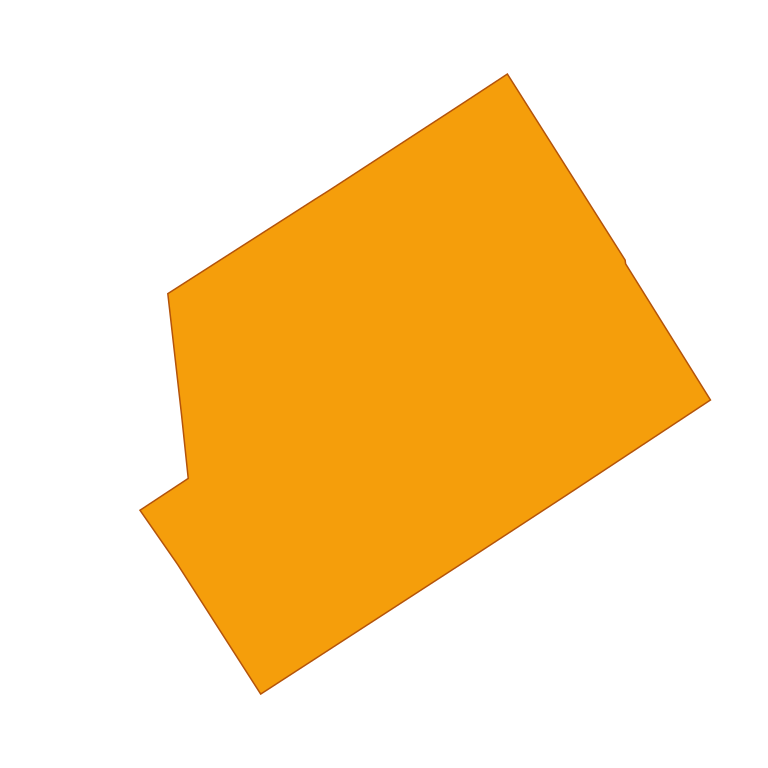 Pulaski, Missouri, United States of America (Equal Earth projection), rotated 56°
{"feature_id": "52423323B5552577354441", "entity_name": "Pulaski", "entity_type": "district", "adm_level": 2, "iso_a3": "USA", "parent_name": "United States of America", "parent_adm1": "Missouri", "projection": "equal_earth", "projection_center": [-92.22, 37.812], "detail": "fine", "context": "isolated", "style": "filled", "palette": "amber", "viewbox_px": 768, "rotation_deg": 56, "n_neighbors": 0, "source": "geoboundaries", "source_scale": "gbopen_adm2", "svg_char_len": 362}
<svg xmlns="http://www.w3.org/2000/svg" viewBox="0 0 768 768"><g transform="rotate(56 384 384)"><path d="M572.1,659.6L576.6,407.7L578.2,293.1L579.8,122.3L419.5,116.5L416.1,114.8L196.0,108.4L195.3,165.5L192.8,321.5L192.3,337.5L188.2,512.7L297.7,569.8L352.8,599.1L352.2,656.9L418.3,656.0L572.1,659.6Z" fill="#f59e0b" stroke="#b45309" stroke-width="1.5"/></g></svg>